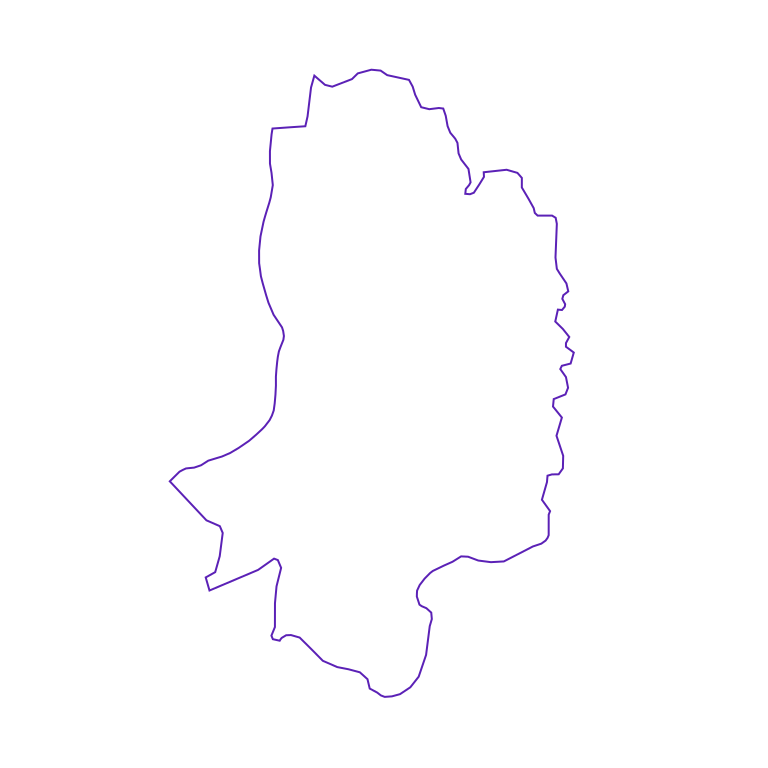 Nuevo Berlín, Río Negro, Uruguay (Equal Earth projection), rotated 11°
{"feature_id": "84410073B28261927215245", "entity_name": "Nuevo Berlín", "entity_type": "district", "adm_level": 2, "iso_a3": "URY", "parent_name": "Uruguay", "parent_adm1": "Río Negro", "projection": "equal_earth", "projection_center": [-58.007, -32.972], "detail": "fine", "context": "isolated", "style": "outline", "palette": "violet", "viewbox_px": 768, "rotation_deg": 11, "n_neighbors": 0, "source": "geoboundaries", "source_scale": "gbopen_adm2", "svg_char_len": 2616}
<svg xmlns="http://www.w3.org/2000/svg" viewBox="0 0 768 768"><g transform="rotate(11 384 384)"><path d="M225.8,154.5L226.0,160.3L227.6,177.2L230.0,189.4L233.3,198.2L236.9,210.0L237.2,222.4L236.8,228.0L235.7,237.8L235.2,242.9L234.8,247.7L234.6,262.7L235.9,276.7L238.4,289.3L240.2,294.5L242.6,301.7L245.8,308.4L251.5,319.6L255.1,326.3L258.3,331.0L262.4,337.1L273.1,347.9L274.9,351.2L276.6,356.0L276.8,359.8L275.3,367.7L274.6,372.1L274.6,377.5L274.9,382.5L275.6,390.0L276.5,397.5L278.2,406.1L279.5,415.3L280.4,423.9L280.8,431.0L280.0,436.4L278.6,441.3L275.1,448.3L273.9,450.2L272.7,452.0L268.0,458.4L262.4,465.5L253.4,474.6L246.1,481.1L238.8,486.1L234.6,488.3L226.1,492.8L219.9,498.7L213.6,502.3L209.6,503.5L207.9,504.0L205.7,504.7L202.8,506.8L200.0,509.1L195.7,515.4L192.3,520.4L235.7,551.7L250.0,554.9L254.1,561.0L255.6,584.4L254.2,600.9L245.9,607.9L252.1,620.0L295.9,590.5L309.4,576.4L313.4,577.1L318.1,584.1L317.1,603.1L318.8,620.0L323.3,643.4L321.5,652.5L323.6,655.7L330.6,655.9L331.1,654.5L332.0,652.8L333.2,651.7L335.9,649.3L340.6,648.2L349.6,649.0L363.5,658.3L376.8,667.4L392.1,670.8L403.6,670.8L415.3,671.6L424.1,676.9L428.1,685.7L436.2,688.2L440.4,690.3L444.4,691.0L451.4,689.1L458.9,685.4L467.7,676.7L473.9,664.7L477.0,641.9L475.1,612.9L475.3,611.0L475.8,605.6L474.0,599.4L468.4,596.0L463.4,594.9L460.9,593.8L456.8,586.4L456.3,583.5L455.9,580.5L457.4,574.5L461.0,567.3L465.3,560.8L467.6,558.2L477.5,550.8L485.2,545.4L492.6,538.5L499.5,537.5L510.2,539.3L522.9,538.5L535.5,535.3L559.1,516.7L561.1,515.1L568.9,510.7L572.5,506.9L573.9,503.9L574.5,501.0L570.6,480.8L571.3,477.1L561.1,467.5L562.7,449.2L562.0,442.8L566.1,440.7L572.7,439.3L575.7,432.7L573.6,420.3L563.2,401.9L565.0,383.0L554.2,373.9L553.5,366.4L564.1,359.6L565.4,352.6L561.3,342.5L554.2,335.7L555.1,332.2L563.3,328.3L564.3,316.9L555.5,312.7L554.8,309.1L556.9,302.5L549.0,295.8L540.2,290.0L540.5,277.8L544.6,277.4L546.7,273.6L546.6,271.1L542.8,266.4L543.1,262.6L547.2,257.9L543.9,250.5L535.4,242.0L531.7,238.0L528.2,227.1L523.1,193.8L520.8,188.1L516.8,186.6L502.7,189.4L499.4,187.3L497.4,182.8L490.5,174.6L481.8,164.8L480.0,155.4L474.7,151.3L463.5,150.3L441.5,157.1L442.6,161.6L439.4,170.1L435.7,179.1L432.2,181.3L427.5,181.8L427.1,177.0L429.6,172.5L430.5,169.5L425.9,156.8L416.9,148.9L413.2,143.4L410.1,133.3L407.1,129.6L401.1,124.7L397.2,118.7L393.4,108.9L389.6,102.3L385.2,102.6L376.0,105.6L367.7,105.2L359.4,94.1L355.4,86.6L350.5,80.7L328.2,80.2L320.9,77.0L311.6,77.9L299.0,84.1L294.4,90.8L276.5,102.0L269.0,101.6L256.8,94.6L255.8,106.9L257.9,136.0L257.6,146.0L242.5,150.0L225.8,154.5Z" fill="none" stroke="#5b21b6" stroke-width="2"/></g></svg>